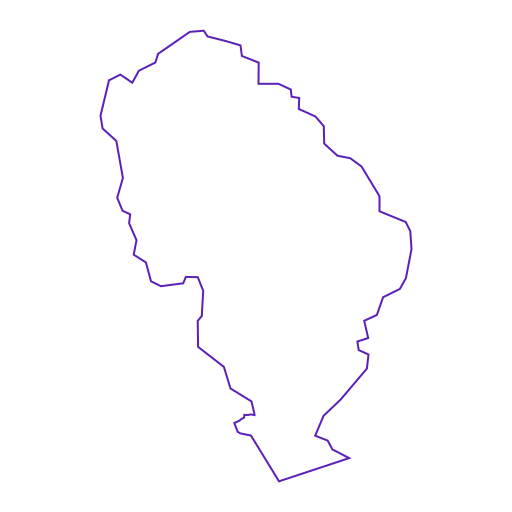 the district of Jackson, North Carolina, United States of America
{"feature_id": "52423323B32071814901819", "entity_name": "Jackson", "entity_type": "district", "adm_level": 2, "iso_a3": "USA", "parent_name": "United States of America", "parent_adm1": "North Carolina", "projection": "orthographic", "projection_center": [-83.144, 35.263], "detail": "fine", "context": "isolated", "style": "outline", "palette": "violet", "viewbox_px": 512, "rotation_deg": 0, "n_neighbors": 0, "source": "geoboundaries", "source_scale": "gbopen_adm2", "svg_char_len": 1141}
<svg xmlns="http://www.w3.org/2000/svg" viewBox="0 0 512 512"><path d="M349.1,458.1L332.4,449.4L327.7,440.6L315.2,435.7L323.6,415.7L340.4,399.8L366.9,368.6L368.5,354.5L358.7,350.1L357.4,341.5L368.2,338.0L364.2,320.8L376.9,314.9L383.1,297.2L399.9,288.9L405.9,278.2L411.5,249.2L410.3,231.2L405.7,222.0L379.5,211.3L379.5,196.2L361.5,166.5L350.2,158.2L337.4,155.7L324.2,143.6L323.8,126.2L315.4,116.5L298.8,109.0L299.2,98.0L291.6,96.7L290.8,89.5L278.4,83.8L258.5,83.8L258.7,62.6L241.9,56.0L240.5,45.4L224.5,40.7L207.6,36.5L203.7,30.7L189.8,31.9L158.1,53.8L155.4,62.5L138.9,70.7L132.3,82.7L120.3,74.6L109.0,80.3L100.5,115.8L102.6,128.5L116.3,140.9L122.9,177.9L117.2,197.8L122.6,210.8L130.2,214.3L129.1,223.2L136.5,240.2L133.7,254.7L145.9,262.4L151.0,281.3L160.9,286.2L183.2,283.3L185.9,276.9L197.8,277.2L203.2,290.8L201.8,316.0L197.7,320.9L198.1,346.9L223.9,366.9L230.5,388.5L251.5,401.4L254.5,414.3L254.5,415.1L250.8,414.4L248.0,415.0L244.3,414.9L244.2,417.5L240.7,419.5L239.6,420.6L234.3,423.0L237.7,431.9L238.2,432.1L238.6,432.3L239.4,432.8L240.1,433.3L251.0,435.6L279.0,481.3L349.1,458.1Z" fill="none" stroke="#5b21b6" stroke-width="2"/></svg>